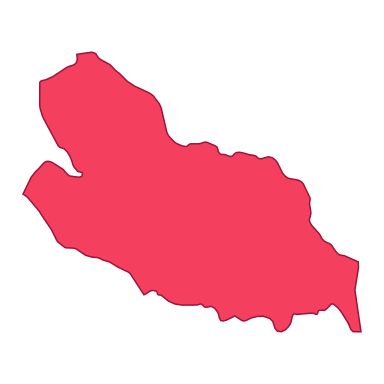 the border of Lobaye
{"feature_id": "CAF-795", "entity_name": "Lobaye", "entity_type": "Prefecture", "adm_level": 1, "iso_a3": "CAF", "parent_name": "Central African Republic", "parent_adm1": "", "projection": "albers", "projection_center": [17.683, 4.256], "detail": "fine", "context": "isolated", "style": "filled", "palette": "rose", "viewbox_px": 384, "rotation_deg": 0, "n_neighbors": 0, "source": "natural_earth", "source_scale": "10m", "svg_char_len": 3040}
<svg xmlns="http://www.w3.org/2000/svg" viewBox="0 0 384 384"><path d="M358.3,261.9L358.5,267.8L354.9,290.0L361.0,331.8L353.1,331.7L350.9,329.5L348.1,322.9L340.7,311.1L337.8,307.7L333.3,304.0L331.0,304.1L329.0,306.5L325.7,309.7L324.1,310.4L321.1,310.2L319.0,310.5L318.2,311.2L317.5,313.7L316.8,314.3L315.6,314.3L313.5,313.3L312.5,313.1L298.2,314.3L296.2,314.3L294.6,313.8L293.3,314.2L292.2,316.7L291.0,322.1L290.3,323.9L288.2,327.0L285.1,330.0L281.3,331.7L277.4,331.2L275.1,328.6L272.8,321.4L269.7,318.4L263.5,316.3L257.3,316.4L251.2,318.0L245.6,320.7L243.4,321.0L241.6,320.3L235.3,316.3L234.4,315.9L233.4,316.7L226.5,320.1L223.1,321.0L220.6,320.5L219.3,317.7L218.5,314.1L216.8,310.9L214.5,308.2L211.8,306.6L210.2,306.5L206.8,307.2L205.1,307.2L204.0,306.5L202.3,304.6L201.1,304.0L199.8,304.1L197.7,304.9L196.8,305.0L182.1,305.1L174.9,304.0L168.4,301.1L161.7,295.6L160.9,295.1L158.4,294.9L157.6,294.2L156.9,291.8L156.1,291.0L152.0,290.4L149.1,291.6L146.4,293.6L144.0,294.8L130.2,273.6L129.1,272.7L127.5,271.7L118.3,267.3L111.3,263.0L109.1,261.8L103.4,260.2L99.3,258.2L98.3,257.8L97.3,257.6L91.7,257.1L86.0,255.4L85.2,255.0L76.0,248.8L74.7,248.4L72.8,248.1L65.8,247.8L64.5,247.2L58.1,242.2L57.4,241.3L56.6,240.1L51.7,230.1L40.5,213.4L40.1,212.6L39.7,211.8L27.3,197.0L23.0,194.1L31.2,177.1L36.1,171.1L38.4,169.0L42.9,163.9L44.9,162.1L46.5,161.4L48.2,161.3L50.2,161.7L52.2,162.5L62.9,169.2L64.2,170.5L65.4,172.1L68.1,174.9L69.5,175.8L70.3,176.1L78.9,177.2L80.7,176.8L82.0,176.0L82.5,172.8L78.5,171.6L77.5,171.4L77.0,170.5L74.0,167.0L73.1,165.2L71.4,159.7L69.6,155.8L67.2,151.8L64.0,148.7L59.9,147.4L58.2,145.8L43.9,119.2L42.4,115.9L40.3,109.2L39.7,105.6L39.8,82.3L40.9,81.1L42.2,80.6L45.6,79.8L52.7,76.7L66.3,67.7L68.4,66.7L70.1,66.0L71.4,65.7L73.2,65.1L74.8,64.2L76.2,62.8L76.9,60.9L77.3,59.4L76.8,54.3L91.5,52.2L93.4,52.6L95.8,53.6L96.7,55.4L98.6,58.0L101.0,59.8L109.4,64.3L111.4,66.0L115.3,70.3L119.7,73.7L127.3,81.3L134.7,86.2L148.9,92.8L151.3,94.3L153.1,95.7L159.3,103.8L161.1,107.7L166.8,132.1L168.0,134.8L169.6,137.1L174.7,142.3L177.4,143.9L182.7,146.0L185.0,146.4L186.8,146.4L187.7,145.8L188.5,144.9L189.3,144.3L190.8,143.8L198.9,143.8L201.2,143.3L202.9,142.6L204.8,142.1L206.7,142.2L215.4,145.9L216.7,146.8L217.4,148.0L218.1,150.6L218.7,152.2L220.0,153.8L221.1,154.4L223.5,154.4L225.4,154.7L229.3,156.2L231.1,156.4L232.6,155.9L233.6,154.7L234.6,153.7L235.5,153.1L236.5,152.6L237.4,152.4L239.9,152.3L243.8,153.1L248.4,154.5L249.8,154.8L251.7,155.0L254.0,155.4L256.1,156.2L258.0,158.2L260.2,158.8L262.8,158.4L265.9,157.4L268.6,156.8L272.3,157.7L275.1,159.8L277.5,162.8L282.7,173.4L285.4,176.4L287.8,178.0L289.9,178.7L295.3,179.5L299.1,180.4L301.4,181.8L303.3,183.9L310.0,197.9L310.1,199.4L309.6,202.8L309.7,205.3L310.7,210.8L310.9,213.2L310.5,215.4L309.2,220.1L310.0,222.5L311.9,225.6L319.4,234.0L321.0,236.6L321.5,237.9L322.2,239.0L324.1,241.0L326.9,242.5L329.5,243.6L331.2,244.8L332.5,246.5L333.7,248.6L336.5,252.3L338.1,253.9L339.7,254.9L344.4,255.7L358.1,261.8L358.3,261.9Z" fill="#f43f5e" stroke="#9f1239" stroke-width="1.5"/></svg>